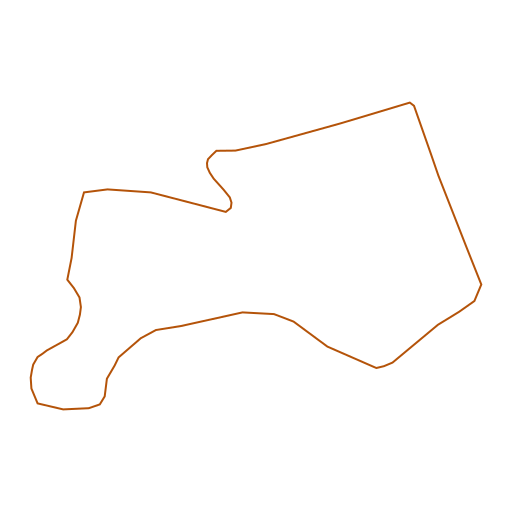 San Francisco La Unión, Quezaltenango, Guatemala
{"feature_id": "79465075B13739271835933", "entity_name": "San Francisco La Unión", "entity_type": "district", "adm_level": 2, "iso_a3": "GTM", "parent_name": "Guatemala", "parent_adm1": "Quezaltenango", "projection": "mercator", "projection_center": [-91.556, 14.925], "detail": "fine", "context": "isolated", "style": "outline", "palette": "amber", "viewbox_px": 512, "rotation_deg": 0, "n_neighbors": 0, "source": "geoboundaries", "source_scale": "gbopen_adm2", "svg_char_len": 872}
<svg xmlns="http://www.w3.org/2000/svg" viewBox="0 0 512 512"><path d="M67.3,279.7L73.9,288.1L79.5,297.5L80.9,307.1L79.9,314.7L77.8,322.8L72.5,332.1L66.9,339.3L46.9,350.4L42.4,353.8L37.6,357.0L33.2,364.6L32.0,370.0L30.7,377.6L31.4,388.5L37.6,403.4L63.2,409.4L88.8,408.2L99.8,404.4L104.7,396.4L106.9,378.7L114.6,365.6L118.6,357.4L140.8,338.2L156.0,330.0L181.1,326.0L242.5,312.4L274.0,314.1L293.6,321.6L327.4,346.6L376.3,368.0L383.9,366.2L392.5,362.6L437.9,324.8L459.1,311.8L474.4,301.0L481.3,284.5L466.2,246.5L438.3,175.4L431.1,154.5L425.8,139.4L414.0,105.8L409.8,102.6L340.1,123.5L266.2,144.0L235.4,150.6L216.4,150.8L211.9,155.1L208.0,159.2L207.0,163.1L207.3,167.3L209.8,172.8L213.7,178.7L223.6,189.7L229.8,197.4L231.5,202.7L230.8,207.9L225.8,211.9L150.8,192.4L107.5,189.4L84.0,192.4L75.9,220.7L71.6,258.0L67.3,279.7Z" fill="none" stroke="#b45309" stroke-width="2"/></svg>